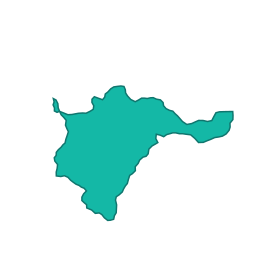 the district of São João da Mata, Minas Gerais, Brazil, rotated 135°
{"feature_id": "56859067B6905454256103", "entity_name": "São João da Mata", "entity_type": "district", "adm_level": 2, "iso_a3": "BRA", "parent_name": "Brazil", "parent_adm1": "Minas Gerais", "projection": "orthographic", "projection_center": [-45.93, -21.948], "detail": "fine", "context": "isolated", "style": "filled", "palette": "teal", "viewbox_px": 256, "rotation_deg": 135, "n_neighbors": 0, "source": "geoboundaries", "source_scale": "gbopen_adm2", "svg_char_len": 2044}
<svg xmlns="http://www.w3.org/2000/svg" viewBox="0 0 256 256"><g transform="rotate(135 128 128)"><path d="M164.6,188.1L165.9,184.6L165.9,181.1L166.3,177.1L170.2,174.2L171.6,170.9L172.8,167.5L176.3,165.7L180.0,163.9L183.1,161.9L185.9,162.1L188.9,161.7L192.5,161.9L195.9,161.5L198.2,159.4L201.2,159.1L203.1,156.4L203.6,152.0L206.7,149.5L209.9,147.6L212.6,144.8L209.8,141.2L206.7,139.2L205.3,135.6L205.5,131.6L205.1,128.5L204.5,125.0L203.2,122.0L202.8,119.2L201.6,116.4L201.9,112.9L206.0,112.8L209.5,111.7L211.9,109.3L211.8,106.0L211.5,103.1L213.7,100.6L211.7,95.8L211.5,90.8L208.4,88.3L207.7,85.3L208.2,81.2L207.7,77.0L205.6,75.2L202.7,73.6L199.6,75.6L196.3,76.4L193.5,78.9L190.4,81.7L187.8,85.9L184.9,87.7L181.4,87.0L177.3,86.8L174.3,88.0L170.9,88.9L167.8,89.2L164.0,91.4L160.3,93.3L157.2,92.6L153.0,92.6L150.3,95.5L145.9,95.8L142.4,97.1L138.0,96.8L135.2,95.2L132.0,95.5L128.2,98.3L123.6,98.3L120.0,97.3L117.2,96.6L115.8,100.9L112.4,103.6L110.3,100.2L108.9,96.6L105.3,96.0L102.5,94.4L99.9,93.0L97.6,90.7L95.7,87.6L93.4,85.3L91.1,82.2L88.5,78.9L88.1,73.4L88.4,67.9L84.9,64.6L81.4,63.2L77.6,61.5L73.4,59.9L70.0,57.4L67.0,55.5L62.8,54.4L58.1,54.9L55.1,56.5L52.5,59.3L47.9,59.8L44.9,62.6L42.3,65.6L45.6,68.8L48.3,71.4L51.9,74.8L55.0,76.6L58.8,75.5L63.5,74.0L67.2,76.4L69.6,80.2L72.7,83.4L76.0,84.7L79.8,86.1L83.9,88.9L84.9,94.0L84.6,98.5L84.4,101.7L84.6,104.9L84.4,108.2L86.1,111.0L87.4,114.8L87.1,118.6L85.2,121.2L85.2,125.0L87.5,128.3L88.7,131.6L90.8,133.5L93.5,135.2L95.2,137.4L97.3,139.5L101.0,140.4L104.3,141.5L105.9,146.2L105.7,150.9L104.9,154.5L102.8,157.0L101.5,160.2L103.3,162.7L105.9,164.8L109.0,167.1L112.5,167.9L116.9,167.7L120.0,168.1L122.6,166.3L126.0,166.0L128.0,170.2L129.7,173.9L133.1,173.8L135.4,171.6L136.5,167.9L139.4,165.8L142.9,166.6L147.2,168.1L149.5,170.7L152.7,173.5L155.6,175.5L158.1,177.2L161.1,179.9L162.8,183.9L164.6,188.1ZM160.0,201.6L161.8,198.7L164.6,197.3L165.8,194.2L168.0,192.1L167.1,189.3L164.6,188.1L163.2,191.5L160.4,194.8L159.1,198.7L160.0,201.6Z" fill="#14b8a6" stroke="#0f766e" stroke-width="1.5"/></g></svg>